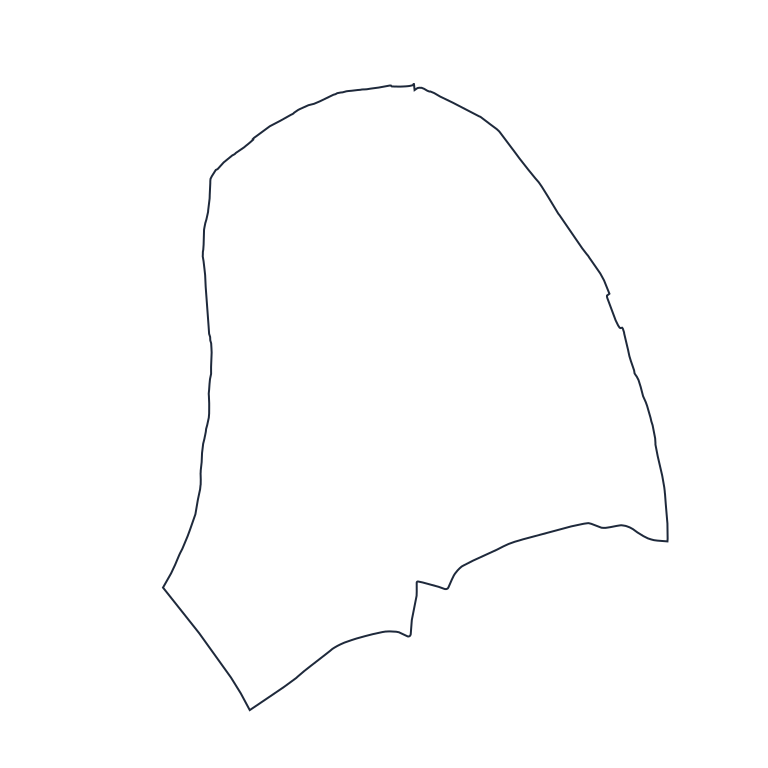 outline of Bangkok Yai, Bangkok Metropolis, Thailand, rotated 169°
{"feature_id": "78962969B71650774119704", "entity_name": "Bangkok Yai", "entity_type": "district", "adm_level": 2, "iso_a3": "THA", "parent_name": "Thailand", "parent_adm1": "Bangkok Metropolis", "projection": "equal_earth", "projection_center": [100.476, 13.735], "detail": "fine", "context": "isolated", "style": "outline", "palette": "slate", "viewbox_px": 768, "rotation_deg": 169, "n_neighbors": 0, "source": "geoboundaries", "source_scale": "gbopen_adm2", "svg_char_len": 4544}
<svg xmlns="http://www.w3.org/2000/svg" viewBox="0 0 768 768"><g transform="rotate(169 384 384)"><path d="M135.8,175.4L135.1,178.0L132.4,193.0L132.1,195.9L130.3,212.6L129.2,221.9L129.0,224.5L128.9,225.0L128.6,229.2L128.4,239.8L128.4,241.4L129.1,260.9L129.1,272.8L128.8,274.3L128.2,278.9L128.2,288.8L128.2,292.2L128.7,296.4L128.8,299.9L129.8,311.1L129.9,312.3L130.5,316.2L132.0,322.6L132.6,332.2L133.4,339.3L134.5,343.1L134.9,343.9L136.0,346.5L135.9,349.7L137.3,359.7L137.8,364.5L137.9,369.4L137.9,370.7L138.0,372.8L138.6,387.7L138.5,388.8L138.9,392.0L138.9,392.3L139.2,393.2L139.5,393.8L139.8,393.8L141.3,393.8L142.0,394.4L143.0,396.8L144.5,402.4L145.0,405.5L148.4,425.8L148.4,426.3L148.5,427.1L148.3,427.8L148.2,428.3L146.2,429.2L145.5,429.6L148.0,442.5L148.2,443.6L150.6,451.2L157.9,467.8L158.4,468.9L158.7,469.8L158.9,470.2L159.3,471.2L159.7,471.8L160.6,473.5L163.5,479.3L168.5,490.8L179.5,516.2L180.4,517.9L187.0,535.9L187.6,537.5L191.5,547.7L193.6,552.5L196.2,557.0L201.5,566.9L207.9,579.4L210.8,585.5L222.4,609.4L223.2,610.7L223.7,611.3L224.1,611.9L224.7,612.7L231.2,619.8L231.4,620.1L234.2,623.2L238.4,627.9L239.4,628.5L262.6,646.9L274.1,655.5L279.2,660.0L282.7,662.3L283.6,662.4L285.5,663.6L288.3,666.1L290.6,667.6L293.0,668.1L293.9,668.1L294.7,668.1L297.9,666.7L297.4,672.1L297.3,673.5L297.4,673.3L297.8,672.6L298.0,672.4L298.8,671.8L301.3,671.7L302.2,671.7L303.7,671.8L306.4,672.1L311.2,672.8L312.2,673.0L318.7,674.4L319.7,674.7L319.9,675.0L320.3,675.7L321.3,675.9L321.7,675.9L323.5,675.9L332.6,676.0L340.9,676.5L344.6,676.6L346.9,676.9L348.1,677.1L349.4,677.3L351.0,677.3L353.8,677.6L359.3,678.0L360.4,678.1L363.3,678.4L365.1,678.5L369.0,678.2L371.0,678.4L372.2,678.4L373.1,678.4L374.4,678.4L374.7,678.3L375.3,678.1L375.6,678.0L375.8,677.9L376.2,677.8L376.5,677.8L376.7,677.7L376.9,677.7L378.4,677.6L393.1,673.7L399.2,672.4L404.9,672.1L413.9,670.0L416.0,669.4L416.7,669.1L420.6,667.4L421.3,666.8L423.1,666.2L423.4,666.2L435.5,662.2L446.9,658.8L462.5,651.4L464.5,650.5L466.1,649.4L465.9,649.0L465.8,648.8L469.4,646.7L472.3,645.1L473.7,644.4L476.2,643.0L485.3,639.1L486.6,638.2L488.0,637.7L489.2,637.4L499.1,632.1L506.3,626.7L508.3,626.2L512.9,621.3L513.3,620.9L514.3,619.6L515.2,618.4L515.4,617.6L515.6,617.0L515.9,615.8L516.2,614.3L519.1,602.4L519.3,601.4L519.8,599.3L523.4,588.2L523.5,587.9L523.6,587.5L523.8,586.7L523.9,586.4L526.9,579.5L528.4,576.6L528.6,576.3L530.4,571.9L531.2,569.8L534.5,555.1L535.4,551.8L535.8,550.3L536.6,548.2L537.1,545.8L537.6,543.8L537.6,542.8L537.7,538.9L538.3,531.0L538.8,525.0L540.5,513.4L544.8,477.2L545.3,473.0L545.4,472.4L545.4,472.2L546.1,466.6L545.7,463.3L546.2,460.0L545.9,456.9L546.6,451.7L547.2,447.7L550.5,433.7L551.8,426.9L552.9,424.3L553.9,421.9L554.8,418.9L555.3,417.2L556.8,411.6L557.9,407.9L558.2,405.5L559.3,398.3L560.2,393.7L561.3,388.3L562.4,384.4L565.4,377.4L567.2,373.8L568.0,371.2L569.4,367.7L569.5,367.5L570.1,366.1L570.7,364.6L572.0,361.8L572.9,359.9L575.8,350.9L577.9,342.1L579.9,335.7L580.4,334.1L580.8,332.3L581.1,331.3L582.1,325.2L583.1,320.5L583.2,320.1L583.4,319.7L584.5,316.1L584.8,315.2L585.1,314.6L588.7,306.1L589.4,304.3L594.0,292.1L601.7,278.9L603.0,276.7L605.8,272.1L613.4,260.7L616.1,257.3L617.5,255.4L620.2,251.4L623.6,246.3L626.4,242.5L626.9,241.8L629.1,238.8L639.8,226.3L639.4,225.6L633.7,214.6L613.0,174.7L604.1,155.3L590.2,125.0L583.6,107.6L578.0,89.5L558.9,97.6L540.0,105.7L526.2,112.2L524.6,113.2L517.0,117.5L509.4,121.4L490.6,130.9L487.9,132.3L485.2,133.8L482.9,134.7L479.7,135.8L476.5,136.7L472.2,137.7L464.6,138.8L459.6,139.4L450.7,140.1L442.3,140.6L441.0,140.6L432.8,140.8L429.8,140.7L425.7,140.1L422.5,139.3L419.3,138.5L416.6,137.4L416.4,137.2L408.9,131.7L408.3,131.5L407.5,131.5L406.8,131.7L406.3,132.1L405.8,132.7L405.5,133.3L402.2,145.3L401.7,147.1L392.4,169.9L391.5,173.9L389.8,182.8L389.5,183.3L389.1,183.6L388.6,183.7L387.9,183.5L383.9,181.8L369.1,174.5L363.9,171.4L363.1,171.0L362.0,170.8L361.3,170.9L360.4,171.2L359.6,172.0L354.7,179.1L352.0,182.7L350.5,184.3L347.3,187.0L344.7,188.8L344.3,189.0L342.6,190.0L340.8,190.6L330.4,193.6L304.8,199.8L297.9,201.8L292.2,203.2L285.7,204.2L281.1,204.6L277.3,205.0L272.9,205.3L242.8,207.4L227.4,208.5L215.9,208.7L214.1,208.7L210.7,208.5L209.8,208.4L209.1,208.1L208.5,207.8L207.2,207.2L197.9,201.4L196.0,200.9L194.0,200.5L191.8,200.4L189.1,200.3L182.7,200.3L179.6,200.2L178.1,200.1L176.3,199.5L173.9,198.6L172.8,198.0L172.0,197.5L170.2,196.4L169.1,195.5L167.3,194.0L163.6,190.0L158.4,185.2L154.4,182.1L151.5,180.5L148.8,179.2L145.5,178.1L135.8,175.4Z" fill="none" stroke="#1e293b" stroke-width="2"/></g></svg>